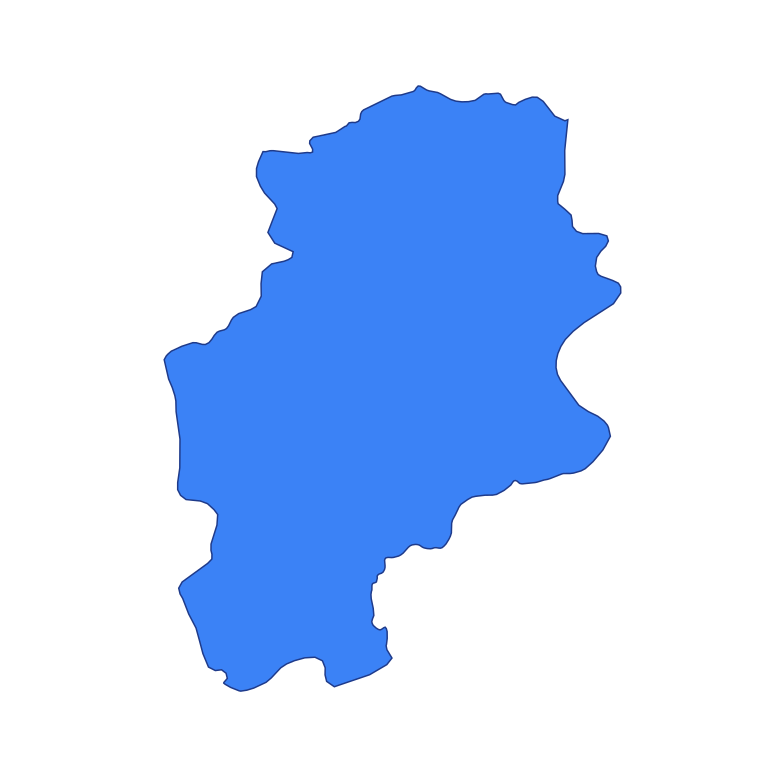 the Province of Cuanza Norte, rotated 163°
{"feature_id": "AGO-1878", "entity_name": "Cuanza Norte", "entity_type": "Province", "adm_level": 1, "iso_a3": "AGO", "parent_name": "Angola", "parent_adm1": "", "projection": "albers", "projection_center": [14.948, -8.858], "detail": "fine", "context": "isolated", "style": "filled", "palette": "blue", "viewbox_px": 768, "rotation_deg": 163, "n_neighbors": 0, "source": "natural_earth", "source_scale": "10m", "svg_char_len": 3843}
<svg xmlns="http://www.w3.org/2000/svg" viewBox="0 0 768 768"><g transform="rotate(163 384 384)"><path d="M520.0,109.0L525.8,116.4L525.4,123.1L523.2,129.8L523.8,137.3L529.9,142.9L539.8,145.3L550.5,145.6L558.9,144.8L565.7,142.8L577.7,135.9L584.0,133.2L597.4,131.3L604.7,131.3L610.8,132.2L612.3,133.0L619.4,138.7L623.7,143.3L624.7,144.8L624.4,145.4L619.9,148.3L619.6,153.6L622.9,158.2L629.1,159.3L634.6,164.6L636.0,179.0L635.5,191.8L635.1,205.6L638.0,221.1L639.2,237.8L640.4,242.8L640.0,248.8L634.9,253.7L605.1,264.0L599.8,266.9L598.3,271.5L598.1,275.5L596.2,281.5L585.0,297.9L581.2,307.8L583.3,313.6L587.8,321.2L594.0,325.9L607.1,331.4L611.1,337.0L612.2,343.3L610.1,350.1L603.8,363.5L595.2,391.0L590.9,418.3L588.0,428.6L587.4,434.0L587.5,442.4L588.5,451.7L587.1,471.5L584.0,474.5L582.0,475.7L577.8,477.6L566.3,479.2L554.8,479.4L551.6,478.4L546.2,475.0L543.3,474.0L539.3,474.7L535.6,477.1L532.1,480.1L528.5,482.3L526.0,482.7L520.8,482.5L518.4,483.1L515.7,485.0L511.2,489.8L508.6,491.8L502.4,493.8L489.8,494.1L483.6,495.5L475.7,503.9L472.2,516.0L467.5,526.9L456.3,531.7L443.6,530.6L439.2,530.9L435.1,532.0L432.2,537.1L447.3,550.6L450.7,562.9L443.6,572.0L434.9,583.0L435.9,588.1L442.4,601.5L444.4,609.4L445.3,619.6L442.9,627.4L439.0,633.3L431.8,641.6L429.0,640.7L424.8,640.4L421.9,639.6L398.4,629.5L389.7,627.8L386.8,626.6L384.5,626.7L383.6,629.5L384.8,635.8L383.8,638.3L379.6,640.7L356.6,638.7L346.0,641.7L344.5,641.7L341.0,644.0L338.0,643.5L335.0,642.4L331.6,642.7L329.5,644.4L327.4,649.0L325.6,651.0L323.4,652.1L292.3,657.0L289.1,656.7L282.9,655.4L272.1,655.2L270.2,655.2L268.4,656.0L266.4,657.8L264.2,659.0L262.1,658.1L257.2,652.6L255.1,651.1L247.5,647.1L245.1,645.0L237.1,636.7L232.6,633.5L226.9,631.0L220.6,629.3L213.8,628.6L203.8,631.9L201.7,631.7L199.7,630.9L189.8,628.7L187.9,627.1L186.5,620.1L185.7,618.5L185.0,617.6L179.4,613.6L176.6,612.4L172.8,613.9L165.7,614.9L158.4,615.0L153.6,613.4L149.1,607.7L142.4,590.2L134.0,582.8L130.9,583.0L142.9,554.5L149.7,531.6L153.2,525.2L162.8,513.4L164.5,507.9L164.8,505.5L160.0,498.3L155.7,490.9L156.3,485.7L157.7,479.5L155.3,473.7L150.0,469.7L134.7,465.2L127.6,460.5L127.6,455.2L131.7,450.9L137.8,447.6L143.6,442.9L147.4,435.0L147.8,429.3L147.2,426.1L145.0,423.6L135.0,416.1L130.4,411.9L129.3,407.7L131.0,401.8L141.1,393.7L174.8,384.2L187.7,379.1L197.6,373.6L203.9,368.2L208.9,362.2L212.5,355.9L214.7,349.3L215.3,342.4L214.1,335.7L203.9,306.7L196.7,297.9L189.0,290.7L184.4,284.2L182.4,279.3L182.1,276.7L182.8,267.8L194.0,256.9L206.9,248.6L216.3,244.2L221.0,243.3L228.7,243.4L232.2,244.0L238.5,245.9L240.2,246.0L252.9,245.0L255.5,245.0L259.0,245.4L266.6,245.4L268.4,245.6L280.6,248.0L282.0,248.5L283.2,249.2L283.8,250.0L285.1,252.2L286.6,253.3L288.0,253.4L289.3,252.7L292.3,250.3L300.1,247.2L308.6,245.5L312.6,246.0L319.8,248.1L329.1,249.8L332.9,250.1L337.6,249.1L345.5,246.5L346.8,245.6L348.8,243.9L349.5,243.0L354.2,237.9L358.2,234.0L360.0,231.1L363.1,221.9L365.0,219.1L367.3,216.6L371.5,212.9L374.1,211.4L376.3,210.5L378.0,210.5L379.4,211.0L382.1,212.3L383.9,212.7L386.1,212.6L387.9,212.9L390.8,214.0L393.5,215.5L394.6,216.4L395.6,217.5L396.4,218.6L397.4,219.7L399.0,220.7L400.8,221.4L404.0,221.9L406.1,221.7L408.4,220.8L415.1,216.7L417.8,215.7L420.3,215.2L425.8,215.4L427.5,215.8L430.8,217.0L432.9,217.2L434.1,216.5L435.0,215.2L436.1,210.0L436.7,208.2L437.7,206.5L439.7,204.5L441.6,203.8L444.3,203.7L445.8,203.1L446.7,202.3L447.2,200.3L449.1,197.0L449.6,196.8L451.0,196.6L452.4,196.7L453.7,196.1L454.5,194.7L455.8,190.6L456.7,189.3L458.0,186.6L459.0,182.5L459.9,172.6L461.4,165.6L463.5,163.0L465.1,160.5L465.3,158.6L464.9,156.3L462.8,152.8L461.2,151.0L459.7,150.0L458.2,150.1L455.4,151.0L454.0,151.1L453.3,149.4L453.4,146.3L455.3,139.8L457.7,134.4L458.5,133.1L458.9,129.0L456.5,119.6L463.4,114.8L482.7,110.2L514.7,109.2L520.0,109.0Z" fill="#3b82f6" stroke="#1e3a8a" stroke-width="1.5"/></g></svg>